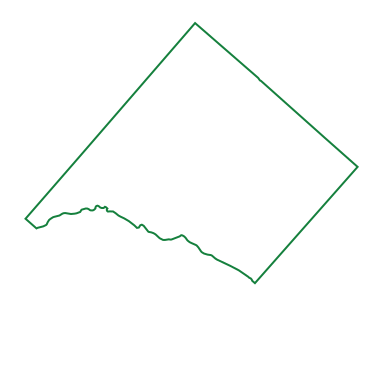 outline of Clayton, Iowa, United States of America, rotated 131°
{"feature_id": "52423323B1897708269800", "entity_name": "Clayton", "entity_type": "district", "adm_level": 2, "iso_a3": "USA", "parent_name": "United States of America", "parent_adm1": "Iowa", "projection": "albers", "projection_center": [-91.108, 42.863], "detail": "fine", "context": "isolated", "style": "outline", "palette": "green", "viewbox_px": 384, "rotation_deg": 131, "n_neighbors": 0, "source": "geoboundaries", "source_scale": "gbopen_adm2", "svg_char_len": 1460}
<svg xmlns="http://www.w3.org/2000/svg" viewBox="0 0 384 384"><g transform="rotate(131 192 192)"><path d="M62.5,300.5L235.5,300.1L321.4,300.1L321.5,285.5L320.3,285.0L315.5,281.7L312.7,280.5L311.8,280.4L309.5,281.1L306.9,281.5L305.2,281.2L302.4,280.4L301.3,279.8L296.7,276.6L293.3,275.6L292.0,274.8L291.0,273.8L288.0,268.9L285.5,266.5L283.9,265.2L280.4,263.3L278.2,263.7L277.6,263.6L274.1,261.3L273.1,260.0L272.7,258.6L272.6,257.1L272.2,256.2L271.0,254.8L269.5,254.2L267.8,254.1L266.9,254.8L265.7,255.0L265.2,254.9L264.3,254.3L263.9,253.2L263.9,251.1L263.4,249.8L262.7,248.9L262.0,248.2L260.3,248.0L259.9,246.8L260.0,245.0L260.9,244.9L261.5,244.5L262.0,243.5L261.9,242.6L260.8,241.6L258.5,238.8L258.1,235.8L258.0,232.1L257.5,229.8L256.4,225.9L255.4,220.5L255.0,213.6L255.2,210.0L253.7,208.8L251.0,209.2L249.6,208.4L249.2,206.3L250.6,199.0L250.4,198.3L249.2,196.3L248.3,194.0L247.9,191.7L248.1,186.1L247.2,182.5L246.0,181.0L243.0,178.5L241.8,176.7L241.1,176.2L233.6,172.2L231.7,171.8L231.2,171.1L230.9,170.1L230.7,169.2L230.7,168.0L230.8,166.7L231.5,163.8L231.5,162.7L231.4,160.9L230.9,159.0L229.4,154.1L229.3,153.3L229.6,151.0L230.9,146.1L231.0,145.2L230.6,142.7L230.0,141.3L229.0,139.1L227.3,136.5L226.9,135.3L226.9,130.5L226.8,130.4L226.6,128.7L222.7,114.9L220.4,105.3L219.1,93.7L219.2,92.6L218.7,91.0L218.9,89.5L219.5,88.3L219.5,84.7L64.4,83.5L64.0,127.3L62.9,212.8L63.2,214.0L62.5,216.8L62.5,300.5Z" fill="none" stroke="#15803d" stroke-width="2"/></g></svg>